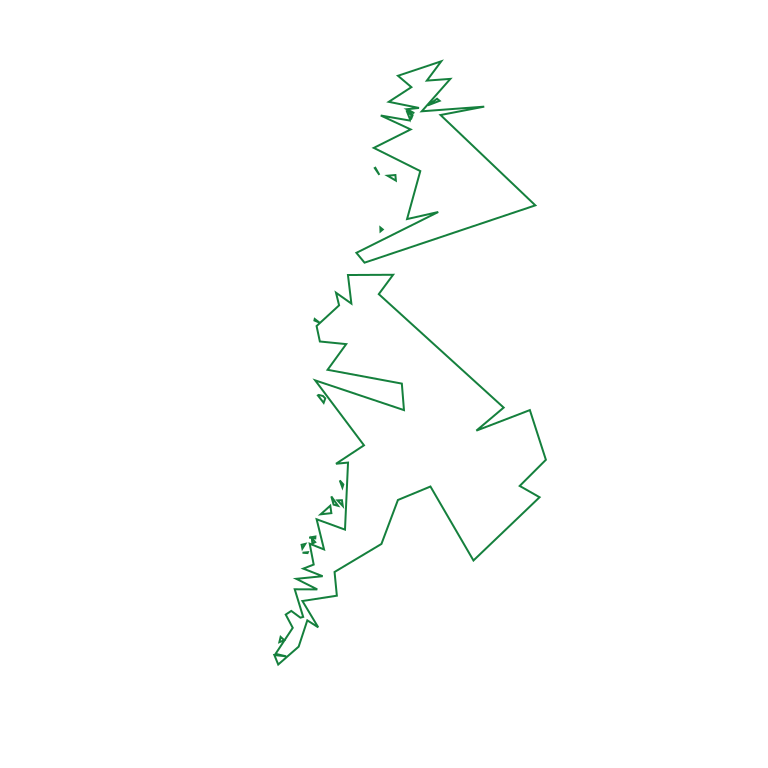 Newfoundland and Labrador, orthographic projection, rotated 221°
{"feature_id": "CAN-686", "entity_name": "Newfoundland and Labrador", "entity_type": "Province", "adm_level": 1, "iso_a3": "CAN", "parent_name": "Canada", "parent_adm1": "", "projection": "orthographic", "projection_center": [-58.847, 53.496], "detail": "medium", "context": "isolated", "style": "outline", "palette": "green", "viewbox_px": 768, "rotation_deg": 221, "n_neighbors": 0, "source": "natural_earth", "source_scale": "10m", "svg_char_len": 1911}
<svg xmlns="http://www.w3.org/2000/svg" viewBox="0 0 768 768"><g transform="rotate(221 384 384)"><path d="M279.8,102.9L288.9,107.5L279.2,114.3L288.8,109.2L292.9,140.1L306.9,145.5L305.1,151.9L293.8,152.8L292.2,155.2L316.7,170.5L299.6,185.2L322.4,179.4L304.2,198.7L323.8,191.7L318.6,201.6L335.3,214.7L320.7,219.8L346.1,237.7L317.9,248.5L359.6,301.1L367.9,292.3L358.9,324.6L438.3,341.6L351.8,377.4L370.8,396.0L435.9,357.7L438.7,389.3L460.3,374.0L472.9,383.5L469.5,413.9L480.1,421.4L461.4,423.3L482.7,442.6L448.8,472.4L446.9,448.4L278.2,444.7L283.7,409.4L256.8,460.0L212.1,433.0L214.7,396.1L192.3,400.6L200.7,309.5L281.7,337.1L297.4,305.6L281.0,261.6L298.0,209.7L280.7,193.3L303.2,166.7L274.0,157.2L286.8,155.3L276.1,129.8L279.8,102.9ZM575.7,625.8L552.5,665.1L550.7,641.1L534.1,657.8L534.4,614.6L490.3,659.1L517.8,624.1L387.0,618.1L478.3,462.8L490.9,464.9L455.9,549.4L474.8,523.6L496.3,568.5L546.6,555.5L530.9,593.6L562.6,584.5L537.8,599.5L537.5,602.0L538.8,605.7L545.5,606.2L538.8,608.3L547.0,606.4L538.7,615.3L565.5,600.1L558.1,626.0L575.7,625.8ZM339.0,252.0L346.3,244.1L344.7,256.9L339.0,252.0ZM417.2,330.2L426.4,332.0L426.1,332.9L422.2,334.9L418.9,334.6L417.2,330.2ZM532.4,541.5L524.7,538.8L532.6,540.9L532.4,541.5ZM537.7,600.7L546.6,605.3L539.5,604.8L537.7,600.7ZM347.5,278.6L354.1,282.2L348.8,281.5L347.5,278.6ZM342.9,259.9L350.0,264.6L338.8,261.9L342.9,259.9ZM512.5,549.2L508.5,545.3L518.0,543.5L512.5,549.2ZM333.4,216.6L337.1,220.1L332.2,219.5L333.4,216.6ZM342.7,265.7L339.5,268.7L335.1,264.9L342.7,265.7ZM293.6,120.5L296.1,125.3L291.1,125.2L293.6,120.5ZM339.7,219.0L335.7,223.9L334.6,222.4L339.7,219.0ZM334.8,203.2L331.1,207.1L330.8,206.2L334.8,203.2ZM338.5,211.7L337.6,206.2L340.7,208.6L338.5,211.7ZM533.7,623.1L531.1,634.1L527.8,634.2L533.7,623.1ZM473.0,388.0L478.2,386.3L478.9,387.6L473.0,388.0ZM486.8,496.9L489.4,499.7L486.3,499.8L486.8,496.9Z" fill="none" stroke="#15803d" stroke-width="2"/></g></svg>